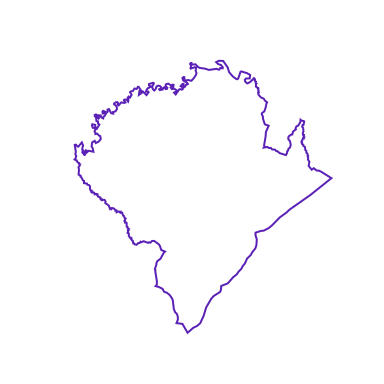 outline of Mancha Khiri, Khon Kaen, Thailand, rotated 200°
{"feature_id": "78962969B48602997867294", "entity_name": "Mancha Khiri", "entity_type": "district", "adm_level": 2, "iso_a3": "THA", "parent_name": "Thailand", "parent_adm1": "Khon Kaen", "projection": "robinson", "projection_center": [102.568, 16.234], "detail": "fine", "context": "isolated", "style": "outline", "palette": "violet", "viewbox_px": 384, "rotation_deg": 200, "n_neighbors": 0, "source": "geoboundaries", "source_scale": "gbopen_adm2", "svg_char_len": 6121}
<svg xmlns="http://www.w3.org/2000/svg" viewBox="0 0 384 384"><g transform="rotate(200 192 192)"><path d="M194.0,91.1L190.6,91.4L186.5,90.9L184.3,88.8L180.9,88.7L177.6,87.5L174.0,84.9L172.7,83.1L169.1,75.9L166.8,73.3L164.4,72.2L162.7,70.0L161.6,67.2L161.7,63.5L155.9,64.8L148.0,58.2L144.4,64.8L141.4,67.9L139.4,71.5L138.7,79.5L139.2,88.5L137.4,98.2L136.1,101.6L131.4,107.7L131.4,110.2L132.4,113.7L127.1,118.4L124.2,126.0L121.8,129.8L121.0,133.1L119.4,136.6L119.0,139.8L117.8,143.1L117.5,148.3L115.2,152.9L114.9,155.5L113.2,160.7L113.3,164.1L114.9,169.6L117.6,173.2L118.4,175.5L113.9,179.0L111.4,180.2L107.6,184.3L105.4,188.0L100.8,198.2L96.3,204.8L94.3,208.8L79.8,229.6L65.7,252.7L77.9,255.3L80.1,255.5L82.1,254.8L85.7,256.0L87.1,253.9L91.3,256.4L92.1,260.6L94.1,262.1L94.6,264.2L95.4,264.8L95.3,265.8L96.1,266.2L96.6,267.6L97.9,268.0L98.7,269.8L99.9,270.2L101.3,273.0L103.2,273.4L103.6,274.4L104.9,274.7L105.4,276.1L105.9,275.9L106.4,276.9L105.9,280.0L105.2,280.5L106.0,281.1L105.4,282.1L106.0,282.3L106.3,283.9L107.3,283.7L108.1,285.7L108.0,287.1L109.5,290.3L110.8,291.0L111.0,292.8L110.2,293.2L110.7,296.7L111.4,296.9L113.5,296.5L114.7,297.0L114.1,294.5L115.0,290.6L116.3,289.4L116.5,287.2L115.8,286.4L117.7,283.4L117.4,280.4L118.2,280.2L120.1,277.4L120.1,275.8L119.3,274.3L117.3,273.3L115.4,270.2L115.1,267.4L116.1,265.6L115.9,263.8L116.5,262.9L116.0,261.1L116.4,258.8L122.8,258.5L126.0,259.6L126.8,259.3L128.5,260.2L131.3,259.4L133.0,260.4L134.5,259.7L136.6,260.1L139.7,258.3L139.5,259.8L140.2,260.4L141.8,269.3L143.1,273.7L142.6,280.5L146.7,280.5L150.4,285.2L151.0,286.9L153.2,289.2L153.1,290.4L151.6,292.4L151.7,296.8L152.3,300.1L152.1,302.0L154.7,302.8L156.6,304.3L159.5,304.4L162.7,306.1L163.6,307.5L163.3,308.3L164.0,308.5L164.0,309.9L164.7,310.4L164.8,311.6L165.6,311.8L165.5,312.4L168.0,312.9L168.7,315.1L168.5,316.0L169.5,316.3L169.7,317.6L171.2,318.1L171.1,319.0L171.9,319.9L172.7,320.2L174.8,315.5L176.9,313.1L177.9,313.0L180.1,314.3L180.7,315.5L180.1,317.1L176.6,318.5L177.4,321.9L181.0,322.5L186.9,322.2L187.5,321.6L187.4,314.5L187.9,313.5L188.9,313.3L193.3,314.6L198.1,317.3L201.1,321.3L207.5,325.8L211.4,324.6L213.7,322.3L211.3,321.2L208.1,321.2L205.6,319.6L205.5,318.7L207.9,318.1L208.1,316.5L208.7,316.1L211.1,316.1L217.9,312.5L221.7,312.4L227.0,311.3L228.7,311.4L232.4,313.2L234.9,312.0L235.9,312.2L236.6,313.1L237.3,312.8L237.6,311.7L235.9,310.2L235.8,307.8L235.4,307.5L232.1,310.2L230.7,310.3L230.1,307.3L228.5,305.3L228.3,303.8L229.1,300.0L230.6,296.3L233.9,295.9L237.1,294.1L238.5,297.3L239.2,297.2L240.0,295.8L238.4,293.8L233.8,292.9L232.8,292.1L234.3,290.6L234.6,288.7L235.4,287.5L236.3,287.8L236.8,290.6L237.4,290.7L238.1,289.8L238.9,287.6L236.6,287.0L235.9,285.4L236.5,284.7L237.7,284.8L239.1,284.1L240.7,278.1L242.9,279.3L240.8,281.2L241.4,282.4L244.4,283.0L246.0,281.8L247.8,282.9L247.6,283.4L245.6,284.6L246.0,286.4L247.2,286.1L248.0,285.0L251.4,285.7L253.2,284.4L253.4,283.5L252.6,282.3L250.8,281.5L250.8,280.3L251.9,279.7L253.7,281.0L254.4,280.3L254.6,278.3L257.1,276.7L258.0,277.3L256.5,278.7L256.6,279.7L258.2,280.6L260.1,280.4L261.4,279.2L261.4,276.3L262.1,274.5L263.7,275.1L265.6,277.2L264.9,280.7L265.3,281.3L266.0,281.3L269.3,278.8L268.9,277.5L266.3,277.1L269.0,274.4L269.6,272.6L269.6,270.6L267.5,271.4L266.9,270.9L267.9,267.5L272.5,269.6L272.9,268.3L275.1,265.1L276.0,269.0L275.6,269.5L274.6,269.1L274.4,269.8L277.9,272.4L278.8,272.4L279.2,269.9L281.4,269.6L282.1,266.7L284.0,265.5L284.4,264.6L282.0,262.8L282.5,259.5L283.0,259.2L284.1,260.0L284.7,258.6L283.1,256.5L283.0,255.1L285.1,256.4L287.2,255.7L287.4,255.0L285.2,253.3L286.2,252.5L289.1,252.0L290.6,248.3L291.8,248.9L292.0,250.4L292.9,250.9L294.2,250.3L295.5,248.5L295.3,247.9L292.2,246.7L290.9,244.3L291.4,241.7L293.6,240.1L292.8,238.7L295.0,238.4L298.3,241.5L299.6,240.6L298.7,238.7L299.2,237.6L303.2,237.9L303.6,237.0L302.7,235.2L300.7,236.5L299.7,235.8L300.1,233.7L300.9,232.6L300.6,230.8L302.9,231.1L303.9,232.7L305.8,232.2L304.7,229.5L304.9,229.0L306.3,229.6L307.9,231.9L308.9,232.0L309.8,231.0L309.2,229.9L307.8,229.4L306.0,225.9L304.5,226.2L303.7,224.2L302.1,223.7L303.1,218.9L305.3,220.3L305.9,221.9L308.8,221.6L308.8,220.3L307.2,218.4L305.9,218.9L304.3,217.9L304.3,215.5L303.2,214.8L302.6,213.4L301.1,214.4L298.6,213.2L297.4,213.2L295.8,210.4L297.0,207.3L299.2,205.1L300.9,206.8L302.8,204.5L301.9,200.4L300.4,199.3L298.4,196.1L303.2,195.4L304.7,192.6L306.0,193.3L305.0,194.8L305.9,195.0L307.3,192.1L305.7,191.0L305.3,190.4L305.8,190.0L308.6,191.7L308.7,194.0L309.6,194.2L310.1,195.9L310.2,198.4L312.5,200.9L314.3,195.7L315.4,195.7L317.2,196.8L318.3,196.2L315.1,190.4L314.4,187.5L313.1,186.2L312.9,183.7L313.4,182.4L311.1,182.2L311.0,181.7L308.8,180.5L308.0,180.6L307.6,179.7L306.8,179.7L307.1,179.0L306.5,178.3L307.2,176.6L305.8,174.2L304.5,169.5L302.3,169.3L302.1,168.3L301.0,168.0L298.3,165.5L297.3,165.5L296.5,163.4L293.6,164.0L292.8,163.1L290.9,163.2L289.6,162.2L289.0,160.2L288.0,158.9L286.8,159.0L287.0,158.1L286.4,157.3L285.3,157.3L284.9,158.0L283.7,157.8L282.8,156.6L282.3,157.2L281.0,156.9L281.0,157.5L280.0,157.6L278.9,155.6L276.6,155.6L275.9,155.1L275.9,154.3L274.2,153.4L273.7,153.5L273.7,154.2L273.3,154.0L271.5,154.7L270.0,153.6L269.7,151.9L265.6,150.8L263.3,148.1L262.9,149.1L262.2,149.3L261.8,148.8L261.6,149.5L260.3,149.9L257.8,148.9L257.6,148.3L256.7,148.8L256.0,147.4L255.6,148.2L255.0,148.0L254.1,148.7L252.9,148.3L252.3,149.0L251.8,148.1L250.6,148.7L248.7,146.3L247.9,146.3L246.5,144.7L245.3,144.4L245.6,143.0L245.2,142.4L245.6,141.7L244.4,140.3L243.6,140.9L242.7,140.4L241.8,137.6L240.7,137.1L240.7,136.5L238.8,135.8L239.3,135.2L238.5,134.4L239.1,133.8L238.4,132.7L238.6,131.6L237.1,131.4L236.4,129.2L234.8,127.9L233.8,128.1L233.9,127.4L233.2,127.0L232.9,127.4L231.9,126.0L231.0,126.0L229.6,123.6L228.9,124.0L227.9,123.2L226.0,123.5L225.0,125.7L223.9,126.1L223.3,127.7L222.5,127.4L220.6,129.2L215.8,129.2L215.2,130.1L213.8,130.1L212.8,132.3L210.8,133.1L205.4,131.6L203.9,130.5L201.0,127.0L197.0,126.8L197.7,125.5L198.8,118.4L200.9,115.3L201.1,113.1L200.6,111.1L200.6,106.9L199.5,106.0L199.6,105.3L194.3,95.8L193.4,92.7L194.0,91.1Z" fill="none" stroke="#5b21b6" stroke-width="2"/></g></svg>